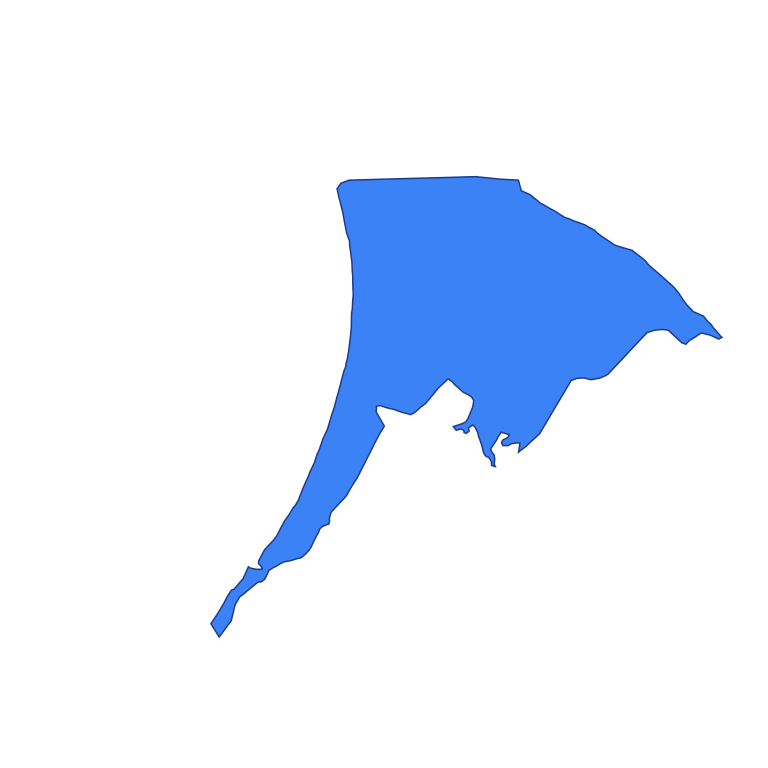 outline of Idku, Al Buhayrah, Egypt, rotated 320°
{"feature_id": "37247803B4110362295427", "entity_name": "Idku", "entity_type": "district", "adm_level": 2, "iso_a3": "EGY", "parent_name": "Egypt", "parent_adm1": "Al Buhayrah", "projection": "robinson", "projection_center": [30.316, 31.299], "detail": "fine", "context": "isolated", "style": "filled", "palette": "blue", "viewbox_px": 768, "rotation_deg": 320, "n_neighbors": 0, "source": "geoboundaries", "source_scale": "gbopen_adm2", "svg_char_len": 4237}
<svg xmlns="http://www.w3.org/2000/svg" viewBox="0 0 768 768"><g transform="rotate(320 384 384)"><path d="M672.9,565.5L672.6,563.7L672.6,560.7L672.5,555.7L672.4,552.8L672.4,551.6L672.7,549.7L672.9,548.4L672.5,546.1L672.2,543.8L672.2,542.2L672.3,540.0L672.4,537.4L670.0,532.6L667.5,527.5L667.2,522.8L667.0,520.5L666.9,517.6L667.1,514.5L667.2,512.0L667.6,508.9L668.0,505.4L668.2,504.0L668.2,499.5L668.2,495.7L666.7,485.2L665.8,479.0L664.6,471.2L663.6,465.6L663.3,463.6L663.3,462.2L663.3,456.5L661.0,446.1L660.1,442.2L660.3,441.5L659.1,439.8L658.6,438.9L657.6,437.6L656.5,436.0L655.6,434.5L653.9,432.2L653.3,431.1L651.0,427.6L650.4,426.6L649.5,424.1L648.2,419.4L645.9,411.8L644.7,406.6L644.4,405.9L644.1,401.2L641.0,393.9L640.7,392.3L638.4,388.1L637.8,386.9L635.4,383.0L634.6,381.8L632.4,377.3L632.0,376.4L629.7,373.0L629.2,371.5L628.0,367.8L626.6,363.3L626.1,361.7L624.2,356.8L622.5,352.3L620.4,346.7L620.0,345.5L619.8,344.5L619.3,341.6L618.6,338.3L617.9,334.0L617.7,333.3L617.1,331.9L613.4,324.3L614.6,321.5L618.0,314.2L615.3,311.7L612.1,308.7L609.3,306.1L604.6,301.7L600.4,297.3L597.3,294.2L588.3,284.9L587.9,284.4L583.2,280.7L579.5,277.7L574.1,273.5L512.4,224.5L490.9,207.5L489.2,206.1L488.3,205.5L487.0,205.0L483.9,203.9L480.1,202.5L477.0,203.4L473.5,204.3L471.1,208.9L469.6,211.7L467.7,215.9L465.5,220.3L463.4,224.7L462.0,227.3L457.5,235.1L454.9,239.9L452.5,244.1L449.4,252.5L446.9,255.5L443.8,260.6L437.8,269.9L432.8,276.4L428.7,282.2L426.8,284.3L423.1,289.0L417.8,295.9L414.4,299.2L407.3,306.8L406.5,307.3L404.2,309.4L400.9,313.2L395.2,319.8L387.5,327.3L379.0,335.2L372.4,340.9L368.3,343.8L365.3,346.4L361.9,348.1L345.4,359.8L339.7,363.7L331.1,369.8L324.3,373.9L319.5,377.1L312.1,382.0L307.9,384.0L301.9,386.8L292.5,392.5L287.1,395.1L281.0,399.0L278.6,400.2L270.9,403.7L266.9,406.0L260.3,409.1L253.4,412.6L243.7,418.0L237.3,420.2L235.2,420.3L226.9,423.2L222.7,424.2L220.2,424.8L211.8,428.2L204.0,431.5L199.6,432.5L185.9,434.2L174.4,438.9L172.3,441.0L172.5,442.5L172.7,444.9L171.7,447.4L169.7,446.1L167.0,443.8L165.6,442.0L163.3,439.1L162.6,436.9L151.3,442.4L148.6,442.9L137.3,444.8L134.6,443.8L126.9,446.2L120.4,449.0L109.2,452.9L97.3,456.4L95.1,471.9L114.9,467.1L127.9,457.5L136.5,454.3L140.6,454.6L142.8,454.6L149.2,454.6L153.2,454.6L156.6,454.7L160.5,454.9L162.9,456.7L167.2,456.9L173.9,453.9L175.7,452.8L181.2,453.5L184.5,454.4L189.8,455.1L193.1,456.0L198.9,459.3L205.5,462.1L209.0,463.9L214.0,463.8L219.4,463.2L223.0,462.2L227.7,460.0L234.5,457.0L238.2,455.7L241.5,453.8L245.2,453.6L248.8,454.6L251.6,455.8L253.8,454.4L255.7,451.9L260.8,448.4L263.5,447.9L275.2,446.5L279.2,446.1L283.8,445.3L290.8,442.6L295.9,440.9L303.1,438.7L332.2,426.3L339.0,423.3L348.7,419.3L357.2,416.5L360.0,400.5L364.0,396.2L367.4,398.3L369.6,402.0L372.5,406.4L375.0,409.3L379.2,416.7L383.2,422.2L384.7,424.6L388.0,425.4L391.4,425.6L397.8,425.3L402.9,425.7L414.9,423.6L422.3,422.1L436.4,421.3L437.6,425.5L437.8,430.6L438.7,435.8L439.2,440.6L441.1,445.2L442.8,450.0L442.1,454.4L437.4,458.5L433.0,460.8L427.1,464.0L422.5,465.6L417.9,464.5L413.2,462.6L409.8,461.1L409.6,466.0L413.9,467.6L415.3,470.8L414.1,472.8L415.3,474.7L416.2,474.6L418.8,474.9L420.6,471.8L425.6,472.5L426.0,475.5L424.7,481.3L422.7,485.0L421.4,488.8L420.2,492.1L419.2,494.4L418.1,496.7L416.2,500.4L415.6,503.4L415.8,505.6L417.1,507.2L416.6,512.0L414.1,515.7L416.2,518.8L417.0,516.0L420.3,513.1L422.7,509.3L422.9,505.0L424.0,502.3L427.4,501.3L432.9,499.7L436.9,498.0L442.8,496.3L447.4,503.4L445.0,504.5L441.7,504.1L439.7,503.3L437.3,503.9L436.0,505.1L435.6,507.8L439.4,510.9L443.4,511.7L445.7,513.1L448.1,514.7L450.1,516.7L443.3,522.7L446.3,522.7L448.5,522.8L450.4,522.9L452.6,523.0L471.3,522.1L529.7,501.6L535.1,503.6L536.6,504.5L537.6,505.2L541.2,508.0L544.8,513.2L547.2,514.9L551.3,517.1L551.9,517.7L554.0,518.5L556.5,519.2L558.4,519.8L560.7,520.3L561.6,520.5L583.6,517.9L593.3,516.7L607.6,515.0L613.7,514.3L618.5,513.7L619.2,514.0L625.5,516.6L626.6,517.2L631.9,520.8L632.9,521.8L636.3,525.4L637.2,532.7L637.9,538.3L638.7,544.0L640.0,546.1L640.8,547.6L644.4,547.1L645.5,547.1L646.4,547.1L648.5,547.5L652.7,548.0L657.0,548.5L659.8,548.9L661.8,551.5L663.9,554.4L665.3,556.1L665.8,557.3L667.3,560.4L669.3,564.7L672.9,565.5Z" fill="#3b82f6" stroke="#1e3a8a" stroke-width="1.5"/></g></svg>